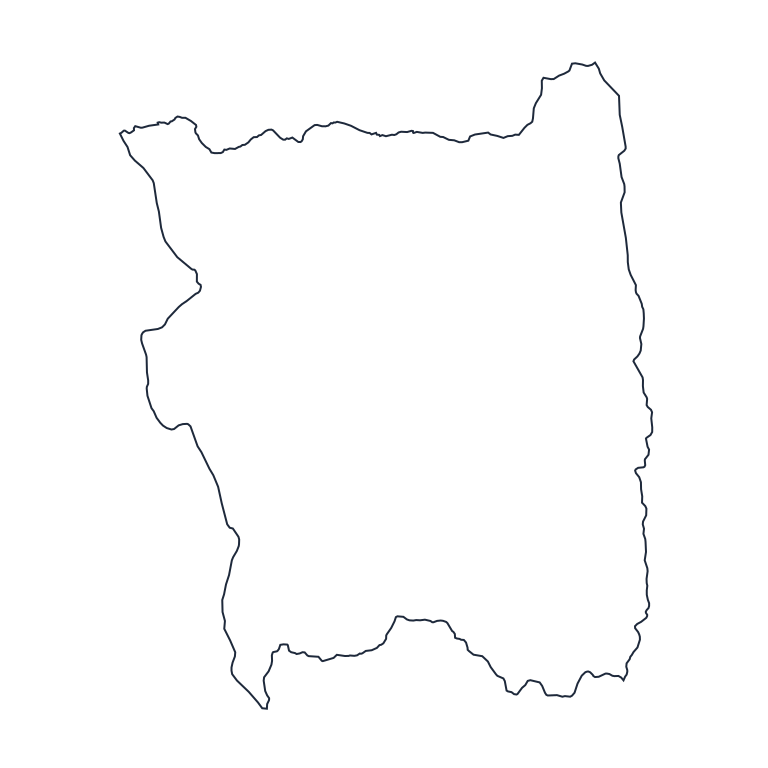 the district of Liborina, Antioquia, Colombia, rotated 2°
{"feature_id": "7082276B40306940233950", "entity_name": "Liborina", "entity_type": "district", "adm_level": 2, "iso_a3": "COL", "parent_name": "Colombia", "parent_adm1": "Antioquia", "projection": "natural_earth1", "projection_center": [-75.777, 6.724], "detail": "fine", "context": "isolated", "style": "outline", "palette": "slate", "viewbox_px": 768, "rotation_deg": 2, "n_neighbors": 0, "source": "geoboundaries", "source_scale": "gbopen_adm2", "svg_char_len": 6130}
<svg xmlns="http://www.w3.org/2000/svg" viewBox="0 0 768 768"><g transform="rotate(2 384 384)"><path d="M242.8,555.9L239.3,562.3L238.1,565.5L235.8,580.4L233.1,589.8L231.5,599.8L229.9,605.5L230.6,617.5L233.3,626.4L232.9,634.2L239.2,645.7L244.7,657.3L244.5,661.5L242.4,667.7L241.5,672.6L241.6,675.8L242.4,679.3L247.4,685.5L259.6,696.4L269.2,706.7L273.6,712.3L278.3,712.6L278.4,707.9L280.1,704.1L280.2,702.7L280.1,701.9L278.1,699.3L276.0,695.0L274.1,684.7L274.4,681.3L278.7,675.2L281.3,668.4L281.8,664.6L281.4,659.1L282.0,656.7L282.6,655.8L286.3,654.9L287.0,654.3L288.2,652.6L289.5,648.3L292.6,647.7L296.4,647.8L297.0,648.4L298.4,653.8L300.6,655.3L304.4,656.0L306.1,656.9L309.2,656.2L311.9,654.9L314.1,655.0L316.8,657.9L318.2,658.6L328.0,658.9L331.5,662.8L332.5,663.1L343.2,659.5L346.3,656.3L354.4,657.2L358.1,657.0L359.4,656.5L363.9,656.7L366.6,656.1L369.2,654.2L370.4,654.4L371.8,653.9L375.1,651.4L381.0,650.5L386.1,648.0L388.6,645.1L390.3,644.7L392.4,643.2L395.0,638.6L395.0,635.2L395.5,634.1L399.7,627.6L402.8,620.8L404.0,616.6L405.5,615.7L411.5,616.0L415.1,618.5L417.7,619.3L421.6,619.4L424.4,618.8L428.3,618.9L433.1,618.1L438.7,619.2L440.5,620.4L441.7,620.4L445.3,618.9L448.9,618.4L451.2,618.6L454.4,619.6L455.7,620.7L460.7,628.5L462.0,629.3L463.5,631.3L463.9,635.1L465.7,635.8L468.4,636.1L470.0,636.9L472.7,637.0L475.0,639.5L476.7,644.6L476.9,646.7L478.2,647.9L482.9,651.4L491.7,652.6L497.5,657.7L500.5,663.2L506.1,670.3L507.5,671.7L513.6,674.1L515.1,676.7L517.2,686.1L518.6,686.9L522.2,687.5L524.8,689.4L527.3,689.7L528.2,689.2L532.6,682.8L535.7,680.0L538.0,675.7L540.6,674.9L550.0,676.8L552.6,680.2L555.7,687.0L557.1,689.0L558.6,689.6L567.7,688.9L573.2,690.3L575.7,689.6L581.0,690.0L582.8,688.9L585.2,685.9L587.9,676.6L591.8,668.6L595.3,665.0L597.1,664.3L598.3,664.2L600.1,664.9L602.8,667.4L603.4,668.5L605.1,669.5L608.8,669.1L615.4,665.7L616.8,665.6L619.4,666.0L622.4,667.6L624.5,667.9L628.5,667.6L631.3,669.1L633.7,671.8L635.2,668.0L636.6,666.0L637.2,663.1L637.1,661.4L636.0,658.1L636.2,654.7L639.1,650.5L639.7,648.0L641.1,646.2L642.7,643.2L646.5,638.5L648.7,630.6L648.5,627.6L647.8,625.4L646.6,623.0L643.5,619.3L643.3,617.3L645.4,615.0L649.3,612.7L654.3,608.5L655.1,606.7L655.1,605.5L653.7,603.5L653.6,602.4L654.5,600.6L656.1,598.8L656.7,596.6L656.6,593.8L655.2,590.4L654.0,585.6L653.8,581.2L654.2,576.4L653.5,573.8L653.2,569.6L654.0,561.9L653.6,558.9L650.7,551.1L651.7,542.7L650.9,532.7L650.5,529.8L648.5,524.7L648.9,519.6L647.5,515.2L647.7,512.4L650.6,506.1L650.6,499.4L649.4,496.9L646.0,493.6L646.0,487.3L644.6,480.2L644.2,473.2L642.3,468.2L638.9,464.3L638.0,461.8L638.5,460.6L640.9,458.9L646.2,458.2L647.2,457.6L647.9,456.0L647.3,451.5L647.4,450.1L650.8,445.5L651.2,440.3L649.6,437.5L647.7,429.4L648.2,428.6L652.1,425.7L653.7,422.6L653.6,418.0L652.3,409.0L652.9,402.9L651.7,400.4L648.4,397.8L647.2,395.9L647.5,389.8L647.0,388.2L643.8,383.5L642.8,377.0L642.7,371.0L642.2,368.4L632.5,352.6L633.1,350.8L636.3,347.6L638.2,344.7L639.4,341.6L639.8,335.1L638.2,329.1L638.3,327.5L641.0,319.8L641.3,317.2L641.5,309.5L641.1,304.2L640.6,300.3L639.3,297.8L638.8,294.9L635.3,287.0L633.2,284.9L632.6,283.5L632.2,281.4L632.3,276.4L626.7,266.3L624.6,260.9L623.4,253.7L623.1,246.8L620.6,229.5L615.2,204.3L614.4,194.4L617.8,184.0L617.5,178.2L617.1,175.8L614.2,168.9L611.9,155.6L610.3,150.1L610.3,148.2L610.7,147.0L616.0,142.5L617.3,140.3L617.2,138.3L613.1,118.7L610.2,106.8L608.8,87.8L593.5,72.9L589.2,66.0L587.7,61.4L583.7,55.4L580.8,57.7L576.8,59.0L574.9,59.0L571.0,57.8L564.0,56.8L560.7,57.3L558.4,64.2L557.3,65.2L553.2,67.6L548.2,69.7L543.0,73.3L540.1,73.5L532.7,72.4L531.1,75.4L531.5,82.9L530.9,89.5L526.0,98.0L524.1,103.2L523.6,113.4L523.0,116.7L521.3,118.3L518.3,120.0L515.4,123.1L510.1,130.3L506.4,130.2L503.6,131.5L499.0,132.0L494.8,133.9L488.5,132.1L481.8,130.9L479.3,129.1L466.2,131.5L461.4,133.6L459.8,137.9L453.7,139.6L450.6,139.7L445.7,138.0L440.3,137.7L434.5,135.1L431.6,135.0L424.2,131.3L416.4,131.3L413.9,131.7L408.0,130.9L404.9,132.1L404.3,131.8L404.1,130.2L402.7,130.0L398.3,131.4L392.3,131.3L389.8,132.1L387.6,134.0L385.6,134.8L383.2,134.6L377.3,136.3L373.7,135.3L371.3,136.4L370.5,135.2L368.1,135.0L367.3,133.3L362.8,135.0L360.9,133.6L358.7,133.6L350.7,131.2L342.0,127.1L335.2,125.0L328.0,123.6L326.3,124.4L324.6,124.4L323.5,125.3L321.9,125.1L319.4,127.7L316.6,128.5L313.1,128.6L308.2,127.4L305.6,127.7L297.2,134.2L294.5,139.2L294.3,142.3L293.2,144.3L292.1,145.1L289.9,145.1L283.8,140.9L280.3,142.4L278.3,141.9L276.6,143.3L274.7,143.3L271.6,141.5L264.3,134.4L262.7,133.7L259.6,134.0L256.8,135.4L252.5,139.4L250.3,139.9L248.5,141.6L245.1,141.9L242.3,144.3L240.0,147.3L236.6,149.8L234.1,150.1L232.2,151.7L230.6,152.1L226.9,154.3L221.6,154.0L218.3,155.5L216.3,155.3L214.8,157.9L212.8,158.9L206.7,159.2L203.4,158.7L201.3,155.4L197.6,153.3L193.5,149.5L190.7,145.8L189.4,142.1L187.2,140.0L186.7,138.9L186.2,135.8L187.5,133.5L187.1,131.7L181.9,127.9L176.3,124.9L172.8,125.0L170.5,124.2L168.3,123.9L166.2,125.4L165.4,127.0L162.7,128.9L161.5,129.1L159.8,131.3L158.7,131.8L155.4,130.4L152.3,130.6L150.2,130.2L148.7,130.7L149.3,132.5L140.2,134.1L133.7,136.2L132.1,136.4L126.4,135.0L125.1,137.0L125.3,139.2L122.4,141.4L120.9,142.2L119.8,142.0L116.2,139.8L115.1,139.9L112.7,142.2L111.3,142.9L115.2,150.1L119.4,156.1L122.3,164.2L127.2,169.4L136.0,176.5L145.7,188.5L146.9,191.3L150.6,211.1L153.0,219.5L155.8,235.7L158.6,244.7L160.6,249.2L173.0,264.5L187.3,275.6L188.5,276.3L190.6,276.4L191.5,277.2L193.2,280.7L193.4,288.2L195.2,290.2L197.2,291.3L197.7,293.3L196.8,297.2L195.2,299.2L192.6,300.5L184.0,307.9L179.3,311.3L176.2,314.2L165.6,326.3L163.0,332.1L160.2,335.1L156.1,336.9L143.8,339.1L141.4,340.8L140.5,342.3L139.9,343.7L139.8,348.3L140.8,351.9L145.2,363.0L145.8,365.4L146.7,380.7L148.2,388.7L148.3,392.1L147.1,395.1L147.0,396.7L148.0,404.0L152.5,416.3L154.8,419.2L157.9,425.7L161.8,430.6L164.6,433.3L168.4,435.6L173.2,436.9L175.8,436.3L180.2,432.5L184.3,431.1L188.6,430.7L189.8,431.1L192.1,433.1L199.9,452.8L203.9,458.5L212.5,474.8L216.6,481.1L221.8,492.5L226.0,508.9L232.2,529.7L234.8,533.0L238.0,533.7L243.9,541.8L244.7,544.5L244.7,549.2L244.5,551.0L242.8,555.9Z" fill="none" stroke="#1e293b" stroke-width="2"/></g></svg>